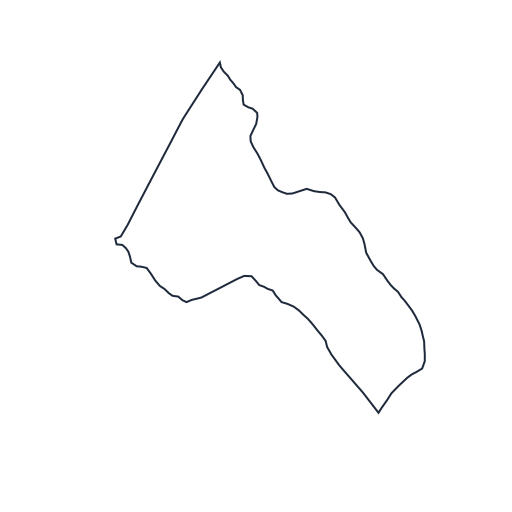 the district of Cabaceiras do Paraguaçu, Bahia, Brazil, rotated 67°
{"feature_id": "56859067B16616636185997", "entity_name": "Cabaceiras do Paraguaçu", "entity_type": "district", "adm_level": 2, "iso_a3": "BRA", "parent_name": "Brazil", "parent_adm1": "Bahia", "projection": "orthographic", "projection_center": [-39.188, -12.575], "detail": "fine", "context": "isolated", "style": "outline", "palette": "slate", "viewbox_px": 512, "rotation_deg": 67, "n_neighbors": 0, "source": "geoboundaries", "source_scale": "gbopen_adm2", "svg_char_len": 1787}
<svg xmlns="http://www.w3.org/2000/svg" viewBox="0 0 512 512"><g transform="rotate(67 256 256)"><path d="M344.4,139.3L339.8,141.7L335.2,143.4L330.2,144.7L322.4,146.2L316.1,150.0L311.4,151.5L305.2,152.4L296.0,153.3L287.6,151.5L281.6,150.7L274.5,151.4L268.0,153.5L262.0,155.7L257.0,156.4L250.3,157.1L241.8,159.2L233.0,160.4L228.3,163.0L224.6,167.2L221.9,172.5L218.9,177.4L214.0,183.1L213.3,190.9L212.7,198.0L210.9,203.1L208.0,206.4L204.1,210.2L199.7,212.2L194.1,212.6L188.5,212.9L184.1,213.2L178.3,213.8L169.1,214.1L162.0,214.7L154.8,215.9L148.5,216.1L143.4,214.3L138.9,209.3L134.6,204.3L128.7,200.4L124.7,199.0L119.0,201.6L116.2,204.9L111.9,208.2L107.5,207.2L102.8,205.4L96.8,205.8L92.7,208.4L88.3,209.3L83.7,210.8L79.1,211.5L73.5,213.7L68.7,214.6L63.8,213.7L81.2,240.3L96.2,262.3L101.2,269.6L104.0,273.1L111.8,282.6L117.7,289.7L121.5,294.4L147.2,325.8L163.8,346.0L177.2,362.0L185.2,372.9L185.0,378.8L190.8,379.8L193.5,374.8L197.9,372.7L202.3,371.8L207.1,372.2L213.4,373.4L218.9,369.8L221.0,365.8L224.3,361.3L231.6,359.6L238.9,358.4L245.8,356.3L250.8,353.0L256.1,350.8L260.0,348.4L263.0,343.4L267.9,341.0L271.3,338.0L271.3,332.4L272.9,322.6L270.6,292.5L269.8,282.3L269.7,274.6L272.9,268.0L279.4,265.7L284.0,264.4L287.5,260.6L290.9,258.0L294.3,254.1L300.0,253.2L304.1,251.8L308.4,250.5L312.4,245.7L317.4,241.0L323.0,237.7L328.3,235.5L334.2,232.8L339.8,230.9L344.0,229.7L348.3,228.6L355.1,226.5L361.4,225.1L367.7,226.1L376.5,225.0L389.0,222.1L393.8,220.6L423.3,211.0L448.2,204.5L445.0,199.9L439.9,191.7L435.3,185.0L431.4,175.8L427.3,164.7L425.9,159.2L425.4,153.3L424.5,147.0L418.7,141.7L412.1,138.9L407.1,137.2L400.3,134.6L394.6,133.7L389.9,132.8L383.0,132.2L373.7,132.8L367.0,133.7L360.8,135.2L354.6,136.8L350.7,138.2L344.4,139.3Z" fill="none" stroke="#1e293b" stroke-width="2"/></g></svg>